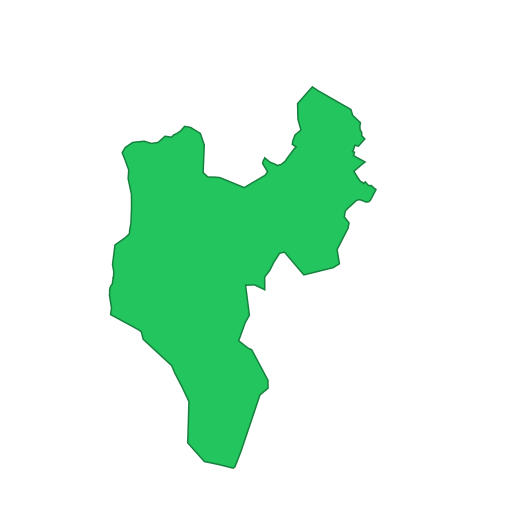 Egbedore, Osun, Nigeria (orthographic projection), rotated 326°
{"feature_id": "59680162B61270202433812", "entity_name": "Egbedore", "entity_type": "district", "adm_level": 2, "iso_a3": "NGA", "parent_name": "Nigeria", "parent_adm1": "Osun", "projection": "orthographic", "projection_center": [4.451, 7.783], "detail": "fine", "context": "isolated", "style": "filled", "palette": "green", "viewbox_px": 512, "rotation_deg": 326, "n_neighbors": 0, "source": "geoboundaries", "source_scale": "gbopen_adm2", "svg_char_len": 2191}
<svg xmlns="http://www.w3.org/2000/svg" viewBox="0 0 512 512"><g transform="rotate(326 256 256)"><path d="M202.8,95.6L201.2,103.2L198.6,113.5L193.2,120.5L187.3,135.1L179.8,146.4L175.0,152.9L172.9,155.8L170.7,158.9L166.2,163.4L163.4,166.8L157.6,167.7L145.3,168.0L132.2,182.9L129.3,189.5L126.5,193.2L125.1,194.2L125.5,194.8L124.5,195.3L123.4,196.4L122.6,197.2L121.6,198.6L120.7,199.0L119.2,199.5L117.2,200.8L115.4,202.6L114.2,204.6L112.8,206.2L107.0,218.5L102.7,223.3L116.9,250.5L118.6,254.5L115.9,262.0L124.7,299.3L124.8,299.6L123.2,308.0L121.4,323.7L119.0,339.2L94.9,372.8L98.2,397.0L98.3,397.6L109.0,408.6L118.4,419.1L120.6,419.0L134.1,409.7L181.6,373.4L192.1,372.3L196.4,365.7L200.0,331.3L197.9,328.0L194.2,316.6L209.8,305.2L217.4,301.4L231.0,274.4L238.6,279.1L244.4,288.9L251.4,278.3L259.4,275.6L267.4,271.1L277.2,266.9L281.8,268.8L285.1,298.4L313.4,308.8L320.8,309.1L326.8,296.0L348.4,284.1L348.6,283.5L351.6,280.7L351.1,273.0L353.4,270.4L354.5,269.3L355.9,268.4L358.9,267.8L367.7,266.5L370.1,266.1L371.5,266.4L372.6,266.7L374.1,268.0L377.3,272.7L378.2,273.3L379.8,274.0L381.9,273.8L392.7,268.0L392.6,267.6L391.9,266.2L391.7,265.3L391.6,264.9L391.5,264.0L391.0,262.1L388.9,260.7L388.6,260.0L388.3,257.9L388.1,255.7L386.6,256.0L385.6,256.0L385.5,254.5L384.3,252.8L384.2,249.0L384.3,244.7L384.6,240.5L395.7,239.2L399.0,239.1L397.5,236.1L395.2,231.7L393.0,227.3L395.7,225.1L394.5,223.3L396.4,222.3L398.8,220.3L400.2,219.6L401.8,221.7L402.2,222.2L411.7,219.8L410.9,215.5L412.7,212.7L412.9,209.6L414.7,206.4L417.1,204.0L414.8,193.4L416.6,187.6L399.8,153.5L397.3,147.3L375.7,152.9L367.3,166.0L363.7,176.7L356.1,177.5L351.2,180.9L348.5,183.7L350.3,188.1L348.0,188.4L344.7,189.5L336.2,192.5L333.1,193.8L330.5,194.0L327.7,194.2L326.2,193.5L325.1,193.2L324.5,193.2L323.0,190.3L320.0,185.9L318.1,179.5L316.9,180.4L315.9,180.7L314.1,182.1L313.2,183.0L312.7,192.6L308.8,194.2L284.5,192.7L269.8,170.7L266.0,167.6L260.3,163.7L258.8,157.3L275.2,135.0L278.4,123.3L274.3,114.2L273.7,112.9L269.3,108.6L263.4,110.2L259.1,110.2L255.3,109.6L252.4,110.3L247.5,105.8L247.3,105.9L238.4,107.1L232.3,104.3L227.5,98.3L217.3,92.9L208.3,92.9L202.8,95.6Z" fill="#22c55e" stroke="#15803d" stroke-width="1.5"/></g></svg>